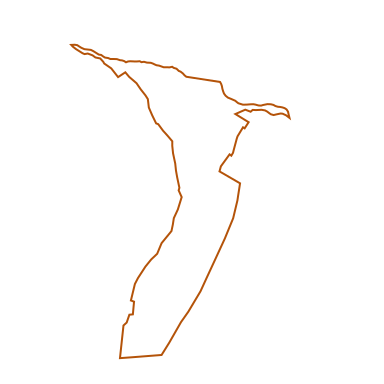 Junín, Mendoza, Argentina, rotated 84°
{"feature_id": "61730980B95365862986383", "entity_name": "Junín", "entity_type": "district", "adm_level": 2, "iso_a3": "ARG", "parent_name": "Argentina", "parent_adm1": "Mendoza", "projection": "albers", "projection_center": [-68.566, -33.138], "detail": "fine", "context": "isolated", "style": "outline", "palette": "amber", "viewbox_px": 384, "rotation_deg": 84, "n_neighbors": 0, "source": "geoboundaries", "source_scale": "gbopen_adm2", "svg_char_len": 2100}
<svg xmlns="http://www.w3.org/2000/svg" viewBox="0 0 384 384"><g transform="rotate(84 192 192)"><path d="M350.9,239.3L339.5,230.4L320.2,216.5L310.7,208.2L291.6,193.9L279.1,186.5L262.7,176.7L241.7,164.2L222.4,153.8L205.1,147.7L201.2,146.7L188.4,143.3L174.4,162.5L169.5,160.6L158.5,150.7L160.0,149.1L157.3,147.1L154.8,146.2L143.6,141.9L141.4,140.9L133.0,134.5L134.2,133.0L128.5,128.4L119.0,140.7L115.7,130.4L118.3,125.3L116.7,123.1L117.2,120.0L117.4,116.5L117.5,114.3L118.5,110.8L119.9,108.8L121.5,107.1L122.9,105.5L124.0,102.8L123.6,99.6L123.2,95.7L123.6,93.7L125.5,90.5L128.5,87.3L124.3,87.9L122.2,88.1L119.8,89.3L118.3,91.1L117.3,93.3L116.6,95.6L116.2,97.7L115.2,100.1L113.9,101.9L113.0,104.4L112.5,107.8L112.9,112.2L113.3,114.2L112.9,116.8L111.7,119.8L111.1,121.9L110.9,124.7L110.8,128.4L110.5,132.2L108.6,136.6L107.3,138.0L105.8,139.4L103.5,143.4L101.9,146.4L99.8,148.5L97.4,149.9L95.1,150.5L92.5,151.0L89.8,151.2L87.6,151.7L85.5,152.6L76.8,185.6L75.2,187.2L73.1,188.7L71.1,190.8L70.2,192.5L67.8,194.5L66.6,197.3L65.4,198.6L65.7,201.4L65.3,203.9L65.0,207.1L62.9,211.5L62.2,214.1L61.3,215.7L60.1,217.6L59.2,219.5L58.6,223.3L57.5,226.1L57.6,228.7L56.5,230.3L56.4,233.4L56.2,235.3L55.5,239.8L55.5,242.0L56.1,244.1L54.7,245.8L53.8,247.8L53.4,249.8L52.0,252.8L51.6,255.6L51.2,259.3L50.0,261.4L49.2,264.5L47.8,266.3L46.2,268.0L45.6,270.3L41.6,275.4L40.1,277.7L38.7,284.1L37.0,287.0L35.3,289.2L34.0,290.7L33.3,293.2L33.1,296.7L34.9,295.4L37.7,292.5L42.5,286.4L43.6,284.5L43.4,281.2L45.7,276.6L48.1,274.0L49.6,269.3L53.3,266.6L55.0,265.9L60.6,259.4L70.0,253.5L66.0,245.8L71.0,242.4L78.0,235.8L84.5,232.3L91.0,228.2L95.0,226.2L103.5,226.1L111.5,223.6L120.0,220.5L121.0,218.5L128.0,214.4L133.5,210.4L139.5,206.3L144.0,206.8L151.5,206.8L162.0,205.7L169.0,205.7L176.0,205.2L186.5,204.1L189.0,205.1L196.0,202.8L207.9,207.9L213.1,211.0L216.1,212.8L222.5,214.5L228.7,216.5L239.7,227.6L249.8,233.1L254.8,239.6L261.3,246.1L271.9,254.7L277.5,258.4L293.5,264.1L295.0,261.1L307.5,263.6L307.5,267.1L315.0,270.6L317.6,274.1L349.7,281.0L350.1,268.7L350.9,239.3Z" fill="none" stroke="#b45309" stroke-width="2"/></g></svg>